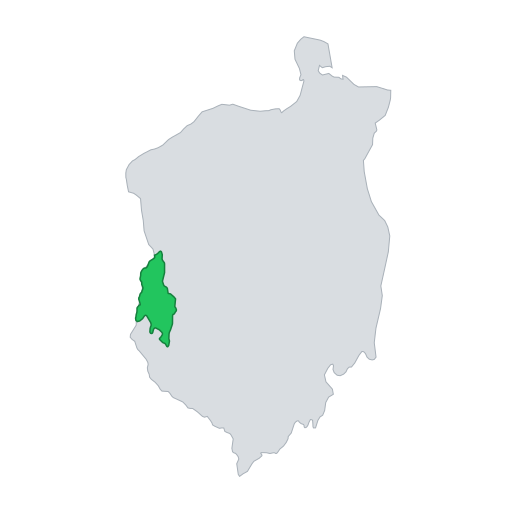 where Maramures sits in Romania, rotated 272°
{"feature_id": "ROU-298", "entity_name": "Maramures", "entity_type": "County", "adm_level": 1, "iso_a3": "ROU", "parent_name": "Romania", "parent_adm1": "", "projection": "robinson", "projection_center": [23.844, 47.655], "detail": "fine", "context": "in_parent", "style": "filled", "palette": "green", "viewbox_px": 512, "rotation_deg": 272, "n_neighbors": 0, "source": "natural_earth", "source_scale": "10m", "svg_char_len": 5425}
<svg xmlns="http://www.w3.org/2000/svg" viewBox="0 0 512 512"><g transform="rotate(272 256 256)"><path d="M406.7,285.3L411.8,291.3L418.1,294.5L432.6,297.8L433.9,297.4L434.0,296.8L433.0,295.9L432.8,294.8L433.5,293.4L435.5,293.4L438.8,294.6L445.0,292.8L454.0,288.1L462.4,287.1L470.1,289.9L474.2,293.2L476.8,296.3L476.1,300.2L475.7,302.6L474.0,312.5L472.7,316.3L470.5,320.5L446.8,325.5L448.2,323.1L447.6,318.9L446.5,315.7L448.7,312.8L443.3,311.7L441.0,313.3L439.2,316.1L441.0,322.4L438.4,325.9L437.5,327.9L437.5,332.6L436.0,334.6L435.7,336.8L439.5,336.2L437.9,340.2L430.9,347.9L428.5,352.5L429.5,370.7L426.5,381.6L426.3,384.9L418.7,385.0L416.4,384.7L409.2,383.1L401.0,380.2L396.1,374.6L393.0,370.5L386.2,372.4L384.9,371.9L382.9,369.9L377.8,368.6L371.4,368.6L356.9,361.3L355.3,360.0L344.1,361.2L327.2,364.9L314.4,369.4L301.2,377.4L295.9,383.4L289.6,386.7L280.7,389.0L264.8,388.1L248.2,385.1L230.4,381.8L220.8,383.6L207.8,382.3L188.1,378.4L173.5,377.2L159.1,379.5L156.7,377.7L156.2,375.7L156.8,372.8L158.8,370.5L162.3,368.8L164.1,367.0L164.3,365.2L160.4,362.4L152.5,358.4L149.2,355.9L148.4,355.3L148.2,353.0L146.5,351.3L143.4,350.0L141.0,347.7L139.3,344.3L139.7,341.2L142.2,338.2L145.3,336.9L149.1,337.3L150.6,336.5L150.0,334.4L146.3,331.7L139.6,328.5L132.7,330.3L125.6,337.0L120.5,338.1L117.5,333.5L112.0,330.8L104.0,330.0L99.2,328.2L97.4,325.6L93.9,323.6L86.3,321.5L86.2,319.4L87.5,318.9L90.2,318.7L93.8,318.3L94.4,317.1L94.5,316.1L91.6,314.7L88.7,313.8L87.2,312.9L86.3,311.9L86.1,310.8L86.9,310.1L88.1,310.0L89.3,309.4L90.0,307.0L91.5,305.0L92.7,304.3L92.6,302.8L91.5,301.4L89.9,300.2L87.6,299.5L80.3,297.4L76.7,294.5L74.5,294.4L70.9,292.8L67.1,290.2L63.9,286.6L60.3,284.3L59.4,283.4L59.4,282.4L60.0,281.4L60.0,280.4L59.1,276.8L59.8,273.1L59.7,269.6L59.7,268.0L59.0,267.6L58.4,268.1L57.5,268.8L56.6,268.9L54.0,266.3L50.8,261.1L48.5,259.4L44.2,257.0L40.5,255.0L37.9,250.7L35.2,247.3L37.1,245.9L47.7,244.0L52.5,245.9L54.8,245.2L56.9,243.6L58.1,242.4L58.4,241.0L59.5,239.4L63.0,238.6L72.4,239.6L76.3,237.3L77.7,236.0L78.6,233.2L79.6,231.0L83.0,229.8L83.0,227.8L82.5,225.5L84.5,220.6L85.7,218.5L87.7,217.8L90.0,216.2L94.0,212.9L93.1,210.1L93.9,208.0L98.2,202.9L101.4,198.0L101.4,195.5L101.8,193.3L104.7,191.0L107.6,187.9L111.6,178.3L113.0,176.7L115.6,174.9L117.5,173.0L117.7,166.7L119.5,164.9L122.9,162.9L126.3,159.6L129.1,155.7L131.2,153.9L134.0,153.4L137.1,151.9L140.5,151.3L143.8,152.0L145.9,151.6L149.0,149.8L157.1,142.6L158.3,141.2L159.9,140.2L166.5,137.8L168.1,135.3L170.4,133.1L173.3,133.3L182.7,138.7L192.8,138.4L194.7,138.6L195.3,138.7L196.5,139.2L210.0,141.9L212.1,141.6L212.6,141.3L218.1,143.6L222.9,143.3L227.4,141.7L232.1,141.2L236.5,142.1L239.8,145.3L248.5,152.0L251.0,154.4L255.0,154.1L259.3,152.8L263.7,148.4L277.2,143.3L287.5,142.1L297.6,140.0L309.3,138.6L312.6,134.4L314.4,131.6L315.7,126.4L321.9,124.9L327.9,123.8L330.0,123.2L334.3,123.0L337.7,123.4L343.0,126.0L346.7,129.2L348.2,131.8L351.4,135.4L354.7,140.5L358.5,147.3L359.3,150.7L360.8,154.4L363.6,159.0L368.8,164.0L369.6,164.9L372.0,168.4L376.7,176.2L380.5,179.3L383.9,182.7L385.5,186.2L388.0,189.3L393.6,193.4L398.2,197.1L402.1,207.9L404.7,212.8L406.4,216.6L405.8,224.3L406.9,227.5L405.0,233.5L401.5,245.6L400.8,255.2L401.5,260.3L401.7,263.7L402.7,265.8L403.7,270.2L404.0,274.0L402.7,275.1L400.8,275.9L400.1,276.7L401.9,278.5L404.3,281.7L406.7,285.3Z" fill="#d9dde1" stroke="#a8b0b8" stroke-width="1"/><path d="M189.8,137.8L190.7,138.1L193.6,138.4L195.5,138.9L196.6,139.0L199.8,138.9L200.5,139.2L202.9,141.1L203.2,142.0L204.2,141.9L208.9,140.3L210.3,140.4L211.1,140.9L213.3,141.4L214.3,141.7L215.9,143.1L216.7,143.2L216.8,143.2L219.5,144.1L220.5,144.1L223.6,142.8L225.9,142.7L227.6,141.4L228.7,140.9L229.6,140.9L232.2,141.4L234.8,141.4L235.7,141.6L236.1,141.8L237.9,142.7L239.0,143.5L239.7,144.2L240.1,145.1L240.1,145.9L240.3,146.6L241.1,147.4L242.7,148.2L246.4,149.4L247.1,149.9L247.7,150.6L249.2,153.0L250.3,154.4L251.2,154.9L252.7,154.7L253.3,154.6L253.9,156.1L255.0,157.6L257.0,159.4L257.3,159.9L257.5,160.5L257.1,161.1L256.7,161.4L254.0,162.3L250.0,162.2L248.5,162.7L246.6,164.2L245.9,164.7L244.9,164.9L236.2,165.2L227.6,163.4L226.8,163.6L223.6,164.8L222.9,165.3L222.6,165.8L221.7,167.6L221.2,168.1L220.3,168.6L216.4,169.3L215.7,169.5L215.5,169.8L215.4,170.2L215.3,171.1L215.2,171.6L214.9,172.2L212.0,175.7L210.3,177.1L202.6,176.6L201.3,177.6L200.1,178.1L199.6,178.3L198.9,178.3L198.4,178.2L197.8,177.8L197.4,177.5L197.0,177.2L196.4,176.9L195.5,176.5L195.1,176.0L194.8,175.6L194.7,175.1L194.1,174.8L193.0,174.7L185.9,174.9L184.9,174.8L179.1,173.1L177.3,172.3L176.3,172.0L175.1,171.8L170.3,171.8L168.0,172.5L163.7,171.9L163.0,171.5L162.3,171.0L162.2,170.6L162.4,170.2L162.7,169.9L164.4,168.9L164.9,168.6L165.2,168.2L165.5,167.8L165.7,167.3L165.9,166.7L166.1,166.1L166.5,165.5L169.2,162.6L169.7,162.4L170.1,162.4L170.5,162.6L171.2,163.4L171.8,163.8L173.8,165.0L174.6,165.2L175.3,165.2L176.2,164.8L176.9,164.1L177.8,163.1L178.8,162.1L179.5,160.6L179.8,159.9L180.4,158.8L180.6,158.1L180.5,157.3L180.1,156.9L179.6,156.4L178.9,156.1L175.8,155.4L175.3,155.1L175.0,154.7L174.9,154.2L175.1,153.4L175.7,152.9L176.4,152.6L179.7,152.7L181.5,153.1L182.2,153.4L183.0,153.6L183.8,153.6L184.8,153.4L185.9,153.0L192.5,148.8L192.8,148.1L192.9,147.5L192.4,146.8L191.8,146.3L190.3,145.4L189.7,145.0L189.2,144.6L187.0,142.0L186.3,139.6L186.7,139.3L186.9,139.0L187.1,138.6L187.6,138.2L188.1,138.1L189.8,137.8Z" fill="#22c55e" stroke="#15803d" stroke-width="1.5"/></g></svg>